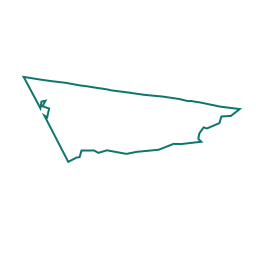 outline of Grayson, Virginia, United States of America, rotated 186°
{"feature_id": "52423323B9140975036391", "entity_name": "Grayson", "entity_type": "district", "adm_level": 2, "iso_a3": "USA", "parent_name": "United States of America", "parent_adm1": "Virginia", "projection": "natural_earth1", "projection_center": [-81.229, 36.683], "detail": "fine", "context": "isolated", "style": "outline", "palette": "teal", "viewbox_px": 256, "rotation_deg": 186, "n_neighbors": 0, "source": "geoboundaries", "source_scale": "gbopen_adm2", "svg_char_len": 780}
<svg xmlns="http://www.w3.org/2000/svg" viewBox="0 0 256 256"><g transform="rotate(186 128 128)"><path d="M212.5,131.6L183.9,88.1L176.1,93.2L173.1,94.0L171.9,100.7L159.4,102.1L154.9,100.2L146.6,103.6L126.9,102.1L116.8,105.2L95.2,109.6L81.0,117.0L73.4,117.6L53.7,122.0L56.9,124.5L56.5,130.1L52.8,136.5L49.5,135.8L37.6,142.4L36.3,149.2L26.9,150.8L18.9,158.5L38.8,158.9L59.6,161.0L65.1,161.2L67.8,161.5L71.2,161.0L80.1,162.2L97.6,162.9L103.2,162.8L115.1,162.7L126.8,163.1L130.1,163.3L149.0,163.7L150.5,164.0L158.1,164.5L162.5,164.6L173.3,165.2L178.9,165.3L179.7,165.3L192.0,166.2L194.0,166.4L209.0,166.6L209.4,166.6L220.5,167.0L237.1,167.9L217.2,138.5L216.8,145.2L212.9,146.5L215.3,140.7L208.5,139.1L209.5,130.1L212.5,131.6Z" fill="none" stroke="#0f766e" stroke-width="2"/></g></svg>